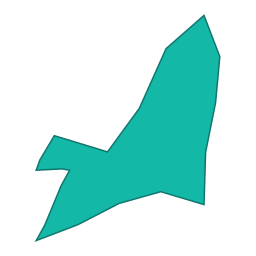 SVG path tracing the border of Carriacou and Petite Martinique
{"feature_id": "GRD-5069", "entity_name": "Carriacou and Petite Martinique", "entity_type": "Dependency", "adm_level": 1, "iso_a3": "GRD", "parent_name": "Grenada", "parent_adm1": "", "projection": "orthographic", "projection_center": [-61.462, 12.485], "detail": "fine", "context": "isolated", "style": "filled", "palette": "teal", "viewbox_px": 256, "rotation_deg": 0, "n_neighbors": 0, "source": "natural_earth", "source_scale": "10m", "svg_char_len": 360}
<svg xmlns="http://www.w3.org/2000/svg" viewBox="0 0 256 256"><path d="M204.0,204.6L160.7,191.7L119.1,203.4L78.0,224.6L36.2,240.6L44.7,225.3L61.2,185.6L69.6,170.2L62.0,168.9L36.2,170.2L39.8,160.1L54.3,135.7L107.5,151.9L139.3,108.4L166.1,48.6L204.0,15.4L219.8,56.6L215.6,102.5L205.6,152.3L204.0,204.6Z" fill="#14b8a6" stroke="#0f766e" stroke-width="1.5"/></svg>